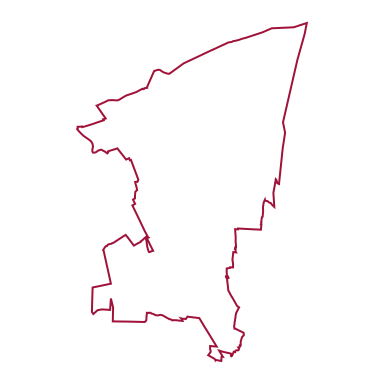 Oaxaca de Juárez, Oaxaca, Mexico
{"feature_id": "50627088B44043795414637", "entity_name": "Oaxaca de Juárez", "entity_type": "district", "adm_level": 2, "iso_a3": "MEX", "parent_name": "Mexico", "parent_adm1": "Oaxaca", "projection": "natural_earth1", "projection_center": [-96.731, 17.097], "detail": "fine", "context": "isolated", "style": "outline", "palette": "rose", "viewbox_px": 384, "rotation_deg": 0, "n_neighbors": 0, "source": "geoboundaries", "source_scale": "gbopen_adm2", "svg_char_len": 5833}
<svg xmlns="http://www.w3.org/2000/svg" viewBox="0 0 384 384"><path d="M107.2,153.4L108.2,152.5L108.0,151.6L108.1,151.3L108.9,151.0L115.9,148.9L117.4,148.4L118.1,149.4L124.4,157.3L125.6,158.9L126.0,159.5L126.5,159.4L129.2,158.2L129.9,160.3L131.0,160.0L138.3,179.6L137.7,181.5L137.2,181.9L136.6,181.8L136.2,181.7L135.1,182.0L136.2,186.2L136.4,186.4L137.1,190.2L136.6,190.5L135.3,191.9L135.3,192.4L135.0,195.0L135.0,197.9L134.9,198.5L134.5,198.6L133.0,199.6L135.1,203.8L133.5,204.8L132.4,205.4L134.5,209.7L139.9,220.9L144.8,231.2L148.2,237.5L148.4,237.6L146.9,238.4L148.4,241.4L153.1,250.8L151.0,251.4L150.2,251.9L149.1,252.1L148.8,251.7L148.5,251.1L148.2,250.1L147.9,249.1L147.7,248.4L147.5,247.5L147.3,247.1L146.4,240.4L146.1,239.3L146.1,238.8L146.0,237.7L145.9,237.0L142.0,240.5L140.7,241.4L140.7,241.9L138.1,243.2L137.5,243.5L133.9,245.6L132.0,243.1L130.0,240.4L129.4,239.7L128.2,238.0L128.0,237.6L127.8,237.6L127.4,237.1L126.3,235.7L125.8,235.0L125.7,234.9L122.5,236.8L122.3,237.0L120.2,238.4L119.1,239.1L116.5,240.8L113.1,243.0L112.6,243.1L112.1,243.2L112.0,243.4L111.1,243.8L108.8,244.3L108.4,244.5L107.7,244.8L107.2,245.7L106.9,246.1L106.7,246.2L106.1,246.1L105.8,246.3L105.2,246.9L104.8,247.4L104.1,248.5L103.1,250.2L103.6,250.6L110.9,283.7L92.6,287.5L91.9,311.9L93.3,314.0L97.6,310.2L101.9,309.4L110.1,309.9L110.9,298.5L113.1,307.5L112.8,321.4L128.5,321.6L144.7,322.0L146.2,320.6L146.9,312.8L147.1,312.8L147.8,312.8L148.3,312.9L148.6,313.0L149.2,312.8L149.7,312.7L150.2,312.8L150.6,312.8L151.2,313.3L151.9,313.7L152.7,313.8L153.2,313.9L153.4,314.0L153.6,314.2L154.8,314.8L155.3,315.1L156.1,315.2L157.5,315.4L158.8,315.3L159.1,315.1L160.0,314.9L160.7,314.9L161.1,315.0L161.7,315.2L162.4,315.3L162.8,315.4L163.4,315.8L167.1,317.9L168.9,318.9L169.5,319.2L169.8,319.2L170.7,319.4L171.9,320.0L172.3,320.4L172.8,320.2L173.9,320.2L175.3,320.2L176.1,320.2L178.3,320.5L179.4,320.6L180.6,320.7L181.7,320.8L182.6,320.9L182.4,320.4L182.2,319.8L181.9,319.2L181.2,318.4L182.8,318.8L184.2,318.8L184.8,318.8L185.7,319.1L186.6,317.9L187.5,316.6L189.3,316.9L197.6,317.9L199.3,318.1L205.3,328.1L205.6,328.5L206.4,329.8L209.0,334.0L216.7,346.6L210.1,346.0L210.1,349.4L210.4,349.9L210.5,350.3L210.7,351.7L210.7,351.9L208.2,355.2L214.5,358.8L215.3,359.7L215.5,360.4L215.8,360.1L216.0,360.0L221.3,361.0L221.4,360.2L221.4,358.4L221.6,356.7L222.9,356.8L219.1,350.5L219.6,350.6L219.8,350.8L220.6,351.1L224.7,352.2L229.7,353.3L231.3,353.8L231.2,354.1L231.0,355.0L230.9,355.9L231.5,356.3L232.1,355.7L233.4,352.7L233.7,351.8L235.1,352.1L235.1,351.5L235.3,351.0L235.7,350.6L236.3,350.3L236.9,350.3L237.5,350.4L238.1,350.4L238.7,349.9L238.9,349.3L238.9,348.5L238.7,348.0L238.4,347.6L239.3,347.6L239.7,345.6L240.4,346.0L240.7,345.1L240.7,341.8L241.0,340.4L241.2,340.0L241.6,338.3L242.2,336.8L243.2,335.9L243.4,335.7L243.7,335.4L243.8,335.2L243.9,334.9L243.7,334.2L243.7,333.2L243.6,332.8L240.9,331.4L240.0,331.0L237.8,329.9L235.3,328.6L234.5,328.7L234.4,328.1L234.1,326.5L234.5,323.9L234.6,322.4L234.9,321.0L235.1,319.4L235.3,318.4L235.7,315.3L235.9,314.2L236.2,313.0L236.6,312.1L237.2,311.1L238.2,309.0L239.1,307.4L237.8,306.5L237.0,305.8L233.8,300.1L230.7,295.0L230.1,293.8L229.6,292.8L229.0,291.7L228.7,291.1L228.5,290.9L228.3,290.3L228.2,289.9L228.2,289.5L227.9,286.3L227.7,285.0L227.0,278.5L228.5,278.0L228.1,276.7L226.2,277.4L225.9,276.3L227.0,275.8L226.8,274.8L226.9,274.6L226.7,272.2L226.7,271.6L226.7,268.5L230.2,267.8L230.2,267.3L232.8,267.4L233.0,267.4L233.0,266.4L233.0,266.1L233.1,265.0L233.0,263.7L232.9,262.2L232.7,261.8L232.7,260.9L232.4,259.5L232.5,259.2L232.8,256.5L233.3,252.1L236.0,252.4L235.9,252.2L235.5,250.4L235.6,249.7L235.6,249.0L234.9,248.9L235.1,247.9L235.4,248.0L235.5,247.1L236.0,247.1L236.0,245.6L235.8,243.4L235.6,241.4L235.6,240.6L235.7,237.6L235.5,234.7L235.2,230.4L235.1,229.2L238.1,229.3L238.1,228.5L249.0,229.1L254.6,229.4L257.5,229.5L257.8,229.5L260.9,229.7L261.4,224.6L260.9,224.5L261.2,223.8L261.4,222.5L261.2,222.5L261.5,219.8L261.9,217.2L262.5,217.0L262.7,216.0L262.8,215.0L262.9,213.5L263.1,212.1L263.1,210.5L263.0,208.8L263.0,207.2L263.4,204.5L263.5,203.7L263.7,202.6L263.9,201.9L264.1,201.6L264.9,200.0L264.8,199.9L264.9,199.7L265.0,200.3L265.9,200.9L267.1,201.0L267.6,201.2L269.1,202.5L270.8,203.1L272.3,205.1L274.3,206.9L273.4,193.1L273.4,192.9L273.4,192.6L274.1,189.0L274.3,187.9L274.7,185.9L275.0,183.8L275.1,183.5L275.2,182.4L275.5,181.9L275.5,181.2L275.6,180.4L275.8,179.2L276.0,179.4L276.3,179.7L276.5,180.4L276.7,181.1L277.4,183.3L279.0,184.0L282.7,148.4L285.1,132.7L283.0,122.3L297.4,59.8L304.7,33.8L306.8,23.0L293.6,27.3L271.7,28.3L262.8,32.2L245.5,37.9L242.3,38.7L239.2,39.8L236.3,40.6L233.3,41.1L231.6,42.0L229.3,42.3L227.8,42.6L226.6,43.3L207.5,52.1L183.6,63.4L169.3,73.8L166.8,73.5L165.3,72.9L163.6,72.4L161.9,71.3L160.2,70.1L158.5,69.7L156.9,70.1L155.0,70.8L154.3,70.8L153.7,72.0L147.1,87.0L147.2,87.8L144.4,88.2L144.3,88.5L144.2,88.7L144.0,88.9L143.8,89.1L143.3,89.1L143.0,89.1L142.7,89.0L142.4,88.8L137.1,91.6L135.7,92.3L135.0,92.5L134.9,92.5L133.4,93.1L126.3,95.5L126.0,95.6L124.2,96.7L123.0,97.4L122.6,97.6L119.3,99.7L119.1,99.8L118.8,99.9L118.6,99.9L118.5,100.0L118.2,100.2L117.7,100.3L114.7,100.3L114.5,100.2L111.7,100.1L110.7,100.1L110.2,100.3L108.6,100.2L107.5,100.7L104.9,102.0L103.9,102.5L103.7,102.5L102.7,103.0L97.8,105.2L97.5,105.8L97.1,105.5L96.7,105.6L100.0,110.4L102.5,114.0L103.2,115.0L104.3,116.5L105.7,118.5L103.1,119.3L103.7,120.3L100.0,121.5L97.2,122.4L97.0,122.5L91.9,124.3L90.5,124.7L88.0,125.5L85.9,126.1L85.0,126.4L83.1,126.9L82.2,127.1L82.1,126.5L79.9,126.7L77.6,126.8L77.7,128.6L77.2,129.0L77.6,129.7L79.4,131.8L83.2,135.6L87.6,138.7L89.2,139.8L90.8,141.1L91.4,141.8L92.5,143.8L93.0,146.5L92.3,149.9L92.4,151.6L93.0,152.6L94.3,152.7L95.8,152.3L98.0,150.7L100.5,149.8L101.3,149.7L103.9,151.1L105.1,151.7L107.2,153.4Z" fill="none" stroke="#9f1239" stroke-width="2"/></svg>